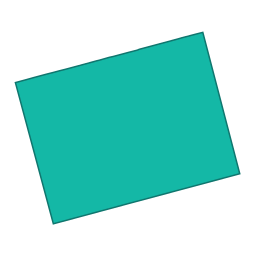 outline of Jackson, Minnesota, United States of America, rotated 165°
{"feature_id": "52423323B81129641248246", "entity_name": "Jackson", "entity_type": "district", "adm_level": 2, "iso_a3": "USA", "parent_name": "United States of America", "parent_adm1": "Minnesota", "projection": "equal_earth", "projection_center": [-95.1, 43.674], "detail": "fine", "context": "isolated", "style": "filled", "palette": "teal", "viewbox_px": 256, "rotation_deg": 165, "n_neighbors": 0, "source": "geoboundaries", "source_scale": "gbopen_adm2", "svg_char_len": 578}
<svg xmlns="http://www.w3.org/2000/svg" viewBox="0 0 256 256"><g transform="rotate(165 128 128)"><path d="M225.0,201.0L224.9,54.8L223.3,54.8L147.1,54.9L145.4,54.9L31.9,54.9L31.0,201.0L37.5,201.1L52.5,201.2L56.6,201.1L56.8,201.1L96.8,201.1L98.8,200.8L108.5,200.9L119.6,200.9L123.7,200.9L123.9,200.9L127.9,201.1L138.3,200.9L140.8,201.0L160.4,200.9L160.7,200.9L167.0,200.9L173.4,200.9L179.8,201.0L186.3,201.0L192.7,201.1L199.1,201.1L205.5,201.1L214.4,201.0L218.6,201.0L219.1,201.0L223.2,201.0L223.9,201.0L225.0,201.0Z" fill="#14b8a6" stroke="#0f766e" stroke-width="1.5"/></g></svg>